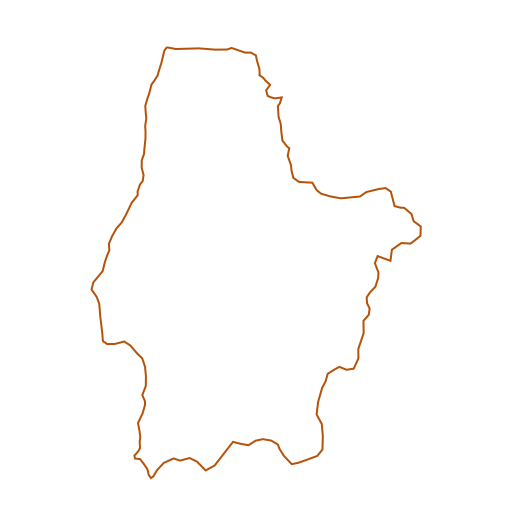 Pissouri, Limassol, Cyprus (Natural Earth projection), rotated 86°
{"feature_id": "46923920B91138385914962", "entity_name": "Pissouri", "entity_type": "district", "adm_level": 2, "iso_a3": "CYP", "parent_name": "Cyprus", "parent_adm1": "Limassol", "projection": "natural_earth1", "projection_center": [32.701, 34.673], "detail": "fine", "context": "isolated", "style": "outline", "palette": "amber", "viewbox_px": 512, "rotation_deg": 86, "n_neighbors": 0, "source": "geoboundaries", "source_scale": "gbopen_adm2", "svg_char_len": 2300}
<svg xmlns="http://www.w3.org/2000/svg" viewBox="0 0 512 512"><g transform="rotate(86 256 256)"><path d="M41.8,329.7L42.0,330.8L44.7,333.1L49.1,334.5L56.7,336.9L62.8,339.3L69.1,341.6L73.9,345.1L77.7,348.3L87.1,351.4L90.4,353.0L98.6,356.0L106.2,356.0L110.8,355.8L118.7,357.5L124.0,357.5L131.4,358.1L141.0,359.8L146.1,360.5L152.7,363.3L159.9,363.9L167.4,362.5L173.3,363.8L176.7,366.8L183.4,369.6L187.2,369.8L194.2,376.3L204.5,382.1L212.9,387.4L219.0,393.5L226.5,398.3L233.5,401.9L240.2,401.9L245.5,404.7L251.9,407.3L260.3,410.0L264.5,413.9L270.9,420.1L277.9,422.4L285.9,417.7L292.8,415.7L299.8,415.6L305.2,415.6L314.7,415.1L322.8,414.7L330.2,414.7L333.5,410.6L333.9,402.9L332.1,393.5L336.4,387.7L345.4,381.0L350.2,376.6L358.9,374.4L368.5,374.2L378.0,375.0L386.8,379.1L393.2,376.9L396.8,377.1L405.1,380.1L414.4,385.4L422.6,384.4L429.1,384.1L433.0,385.0L439.5,385.1L442.2,386.7L446.6,391.2L449.6,390.8L450.5,385.8L455.3,382.6L460.4,379.6L462.7,378.9L466.8,378.3L470.2,376.3L469.6,375.3L468.8,373.9L462.9,369.8L456.0,362.5L452.2,352.3L454.8,346.1L452.9,336.3L457.1,329.1L466.4,321.2L462.1,311.9L439.8,291.9L442.3,284.4L444.2,276.7L440.2,269.3L439.2,261.9L441.2,253.7L445.6,247.3L450.1,246.0L457.5,242.0L466.1,234.9L465.3,228.4L462.4,218.0L459.7,208.8L455.4,204.8L453.7,203.2L440.2,201.9L428.2,202.1L418.4,206.6L405.9,204.2L392.1,199.2L386.1,195.4L378.5,192.7L374.9,186.0L372.4,180.6L375.8,173.6L375.2,166.4L365.3,161.0L355.8,160.4L340.5,154.0L328.1,153.3L322.5,147.6L316.3,146.3L311.0,148.5L305.0,148.5L300.2,144.8L295.1,139.1L286.6,135.7L280.9,135.0L271.4,137.9L264.6,134.7L270.2,122.2L259.2,120.0L253.2,110.1L254.4,101.0L250.9,95.6L247.2,90.5L238.0,89.6L232.3,96.3L224.9,98.0L218.3,104.8L217.8,108.7L215.9,114.3L201.2,117.0L197.3,121.9L197.7,128.7L199.9,141.4L203.9,148.2L204.4,167.4L201.7,177.8L198.4,186.7L194.6,190.8L186.8,194.7L186.0,201.1L185.1,207.9L180.7,213.3L172.7,214.7L168.0,214.7L158.3,217.4L150.8,215.3L148.9,217.4L142.7,221.6L133.2,222.1L126.5,222.1L124.6,222.4L118.6,223.8L107.9,223.7L105.5,221.6L99.6,219.3L100.1,225.9L98.9,229.7L97.1,233.2L91.4,234.3L86.3,230.0L81.6,234.4L78.8,236.3L75.9,239.9L73.4,239.6L69.5,239.6L61.2,241.4L55.9,242.1L52.7,247.0L52.4,252.5L46.8,265.8L48.0,270.7L47.3,282.3L44.9,298.3L43.9,321.7L41.8,329.7Z" fill="none" stroke="#b45309" stroke-width="2"/></g></svg>